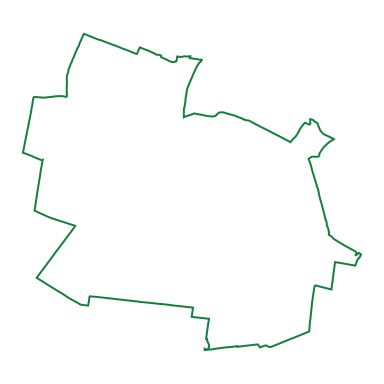 Plenita, Dolj, Romania
{"feature_id": "2599482B69376152163342", "entity_name": "Plenita", "entity_type": "district", "adm_level": 2, "iso_a3": "ROU", "parent_name": "Romania", "parent_adm1": "Dolj", "projection": "natural_earth1", "projection_center": [23.162, 44.229], "detail": "fine", "context": "isolated", "style": "outline", "palette": "green", "viewbox_px": 384, "rotation_deg": 0, "n_neighbors": 0, "source": "geoboundaries", "source_scale": "gbopen_adm2", "svg_char_len": 5832}
<svg xmlns="http://www.w3.org/2000/svg" viewBox="0 0 384 384"><path d="M361.0,254.5L359.5,253.2L359.0,252.9L358.7,253.0L358.0,253.7L356.2,255.1L355.8,255.3L355.6,255.1L355.7,254.8L356.7,253.1L355.4,251.4L354.1,250.7L353.0,250.0L351.8,249.5L348.6,247.7L346.3,246.5L338.0,241.6L334.4,239.3L333.8,238.9L333.0,238.1L332.2,237.2L331.2,236.3L330.4,235.7L329.0,234.9L328.8,234.6L328.7,234.4L328.7,234.2L329.1,233.4L329.0,232.8L328.6,230.3L328.3,228.9L327.9,227.8L327.5,226.8L327.0,225.9L326.8,225.4L326.8,223.5L326.7,222.8L326.4,221.7L326.0,220.3L325.6,219.4L325.2,218.9L324.9,216.9L324.5,215.2L324.0,213.3L323.7,212.6L323.6,211.8L323.2,210.4L321.5,203.4L320.9,201.4L320.2,199.3L319.7,197.0L319.2,195.2L318.9,193.8L318.9,193.1L318.6,191.7L317.4,187.5L316.8,185.7L316.0,182.9L315.7,182.2L315.5,181.1L314.3,177.6L313.8,175.8L312.6,171.9L311.9,169.2L311.7,168.6L311.4,167.3L310.4,163.8L310.2,162.9L309.2,160.6L308.6,158.8L310.6,157.4L311.9,156.7L312.5,156.6L315.0,156.8L317.2,156.8L318.2,156.7L318.5,156.5L318.8,156.3L319.1,156.0L319.3,155.6L319.3,155.3L319.3,154.0L319.4,153.6L322.4,149.0L323.9,147.0L326.6,144.4L329.0,142.3L329.8,141.7L332.2,140.3L333.9,139.2L332.4,138.3L326.2,135.3L324.8,134.7L323.6,134.1L321.7,132.1L320.1,130.2L319.9,129.5L318.6,126.6L318.3,125.6L317.5,123.2L316.3,122.4L314.7,121.5L314.1,121.0L313.8,120.6L312.7,119.8L310.2,119.1L310.2,121.7L310.3,123.7L310.1,123.7L309.2,124.5L308.7,124.5L308.2,124.2L307.4,123.8L305.1,122.7L304.9,122.7L304.3,123.3L301.7,126.6L300.0,128.9L298.9,131.4L297.0,134.5L295.5,136.7L295.2,137.0L294.9,137.2L292.6,139.6L291.8,140.6L290.4,142.1L289.8,141.8L284.3,138.9L279.6,136.4L272.5,132.8L269.5,131.2L264.4,128.6L261.4,127.2L250.5,121.4L249.1,120.7L248.1,120.4L246.5,120.3L245.4,120.0L244.7,119.7L244.2,119.5L243.8,119.6L242.7,119.0L242.2,118.6L241.5,118.3L241.0,118.0L240.8,117.9L240.4,117.9L237.9,117.0L235.4,115.9L234.0,115.4L230.0,114.4L228.5,113.9L227.9,113.8L224.2,112.6L222.9,112.3L221.8,112.3L221.0,112.3L220.2,112.4L219.2,112.6L218.5,113.0L216.6,114.8L216.4,114.9L215.8,115.7L215.3,116.0L214.0,116.2L212.6,116.6L212.1,116.6L207.8,116.0L204.9,115.6L204.3,115.4L203.9,115.3L200.5,114.6L196.8,114.0L194.1,113.4L192.2,114.3L190.8,114.7L189.3,115.3L185.6,116.4L183.9,117.3L183.8,113.7L183.9,112.2L183.9,109.2L184.0,108.9L185.1,103.7L185.4,101.1L185.4,100.3L185.8,97.0L186.4,94.3L186.5,93.4L186.8,90.8L187.0,89.4L187.6,87.8L189.7,82.7L192.4,76.3L194.7,71.0L196.6,67.0L197.6,65.4L197.6,65.1L198.2,64.3L198.9,63.5L199.1,63.0L199.4,62.7L199.8,62.4L200.8,61.7L201.2,61.1L201.8,60.0L201.6,59.9L201.6,60.0L201.1,60.0L200.7,59.9L200.3,59.8L199.6,59.6L198.2,59.4L197.4,59.2L195.6,58.9L192.8,58.6L190.8,58.2L189.8,58.1L190.4,56.3L189.4,56.2L189.0,56.2L188.1,56.6L184.8,56.3L183.7,56.4L182.8,56.7L181.3,56.9L180.3,57.0L179.3,56.8L178.8,56.6L178.4,56.7L178.0,56.7L177.5,56.5L177.2,56.5L177.1,57.4L177.1,58.1L176.7,59.7L176.5,60.2L176.5,60.4L176.2,60.7L176.2,60.8L176.3,61.2L176.3,61.4L176.0,61.6L175.0,61.7L173.9,62.1L173.6,62.1L171.8,62.0L171.0,61.6L169.2,61.0L168.5,60.7L167.4,60.0L166.1,59.4L161.1,57.2L161.1,55.6L160.7,55.6L159.6,55.1L158.8,54.8L156.6,54.6L156.0,54.6L155.6,54.3L155.4,54.0L155.2,53.7L153.9,53.2L152.6,52.6L151.5,52.2L150.7,51.7L147.3,50.2L145.4,49.6L139.8,47.4L139.2,48.9L138.6,49.9L137.6,52.4L136.8,54.0L134.0,53.1L127.5,50.3L121.6,48.2L118.9,47.0L114.9,45.5L113.8,45.1L107.6,42.8L100.5,40.1L98.9,39.7L96.3,38.8L94.4,38.1L93.0,37.4L90.0,36.3L86.4,34.7L85.4,34.4L83.8,33.9L80.5,41.3L79.4,43.9L79.0,45.3L78.4,46.7L77.6,47.9L76.5,50.4L74.8,54.2L74.3,55.7L73.5,57.6L72.9,58.9L72.5,59.8L72.1,60.6L71.8,61.8L71.0,63.2L70.7,63.9L70.0,66.1L69.5,67.5L68.9,68.5L68.3,70.5L68.3,71.2L68.3,71.6L68.3,72.2L67.3,74.3L66.9,76.2L66.8,78.0L66.8,79.4L66.9,80.9L66.9,82.2L67.0,83.8L66.7,86.9L66.7,89.0L66.8,90.6L66.8,94.0L66.9,95.3L66.8,96.1L66.5,96.8L66.3,96.9L63.7,96.4L61.8,96.1L59.5,96.1L58.0,96.1L53.3,96.6L48.8,97.2L46.3,97.4L45.2,97.6L42.7,97.6L38.3,97.2L34.0,97.0L33.2,98.5L32.9,100.7L32.2,105.5L31.7,107.8L31.2,110.8L31.0,111.8L30.5,114.7L29.6,119.3L29.1,121.4L28.2,127.0L27.6,129.1L24.9,142.7L23.6,149.6L23.3,151.2L23.0,152.8L23.6,152.9L27.6,154.4L29.4,155.1L31.4,155.9L34.2,157.2L35.6,157.8L41.5,160.1L41.8,160.2L42.1,160.2L42.7,159.9L40.4,172.6L40.2,175.0L39.4,179.5L37.2,193.1L35.5,204.6L34.6,210.7L47.8,216.7L51.0,218.0L55.7,219.5L63.9,222.2L72.7,225.0L74.6,225.6L75.2,225.9L74.2,227.4L70.8,232.1L62.4,243.3L55.7,252.1L51.9,257.4L47.3,263.6L40.7,272.4L39.2,274.3L36.7,277.8L47.3,284.5L56.4,290.1L65.2,295.5L68.5,297.8L72.5,300.1L79.3,303.8L80.5,304.6L83.8,305.1L88.1,305.6L88.4,304.2L88.6,302.5L89.0,300.8L89.5,296.9L89.6,296.5L89.8,296.3L98.4,297.1L124.9,300.1L128.5,300.5L131.6,300.8L131.9,300.9L136.7,301.4L141.1,302.0L154.5,303.3L159.0,303.9L162.4,304.1L167.1,304.6L173.5,305.5L193.0,307.6L191.7,316.9L209.0,318.8L207.8,326.4L206.1,338.8L207.0,338.9L207.2,339.1L207.2,339.6L207.2,340.3L207.2,340.9L207.2,341.1L208.0,342.4L209.0,344.9L209.1,345.5L209.2,346.0L209.1,346.6L208.9,347.3L208.5,348.2L207.8,349.4L206.3,349.3L205.5,349.3L205.1,349.2L204.7,348.9L204.7,350.1L209.3,349.6L211.3,349.4L218.5,348.3L219.8,348.2L224.0,347.6L233.2,346.7L236.7,346.2L237.4,346.2L237.3,346.8L257.6,344.4L257.9,344.5L259.9,347.2L260.0,347.4L265.5,345.4L266.0,345.5L266.5,345.7L268.7,346.8L269.6,347.0L270.8,346.9L271.8,346.6L309.2,331.5L309.3,329.8L310.0,321.8L310.4,319.0L311.0,312.8L311.2,311.2L312.0,303.4L312.5,299.4L314.4,287.1L315.1,285.7L315.3,285.4L323.2,287.4L331.4,289.5L332.3,283.0L332.5,281.5L332.8,279.4L333.6,272.7L333.9,270.8L334.6,265.7L334.6,265.1L335.1,262.1L337.9,262.6L339.6,262.8L341.1,263.1L342.9,263.4L346.8,264.1L348.0,264.3L350.2,264.7L355.3,265.6L355.4,265.2L356.1,263.4L357.1,260.7L357.8,259.0L358.0,258.7L358.4,258.5L358.8,258.5L359.1,258.1L359.4,257.5L359.6,257.4L359.9,256.9L360.3,255.9L360.9,254.9L361.0,254.5Z" fill="none" stroke="#15803d" stroke-width="2"/></svg>